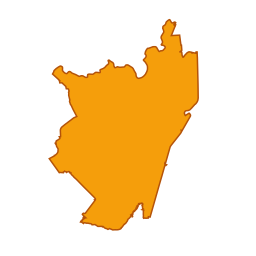 Angamacutiro, Michoacán, Mexico, rotated 348°
{"feature_id": "50627088B24652529578348", "entity_name": "Angamacutiro", "entity_type": "district", "adm_level": 2, "iso_a3": "MEX", "parent_name": "Mexico", "parent_adm1": "Michoacán", "projection": "albers", "projection_center": [-101.725, 20.14], "detail": "fine", "context": "isolated", "style": "filled", "palette": "amber", "viewbox_px": 256, "rotation_deg": 348, "n_neighbors": 0, "source": "geoboundaries", "source_scale": "gbopen_adm2", "svg_char_len": 5615}
<svg xmlns="http://www.w3.org/2000/svg" viewBox="0 0 256 256"><g transform="rotate(348 128 128)"><path d="M65.4,59.5L69.7,65.5L70.9,67.4L70.6,67.4L70.7,67.8L70.7,69.7L72.8,70.1L75.8,74.4L75.8,76.8L77.5,77.2L77.8,77.7L78.0,79.2L77.9,79.9L77.3,80.6L77.3,81.9L76.8,83.5L76.9,88.5L76.3,90.0L76.6,92.1L76.5,92.5L77.2,94.3L78.1,98.3L80.3,106.1L77.0,106.8L67.0,111.5L63.5,113.3L62.8,113.8L62.2,114.5L61.7,115.2L61.3,116.4L60.4,121.9L60.2,122.5L59.0,122.3L59.2,123.0L59.2,124.0L58.9,124.3L56.4,125.3L55.3,125.6L55.3,125.9L55.2,126.2L54.5,126.7L54.3,128.0L53.7,127.9L53.9,128.6L54.4,128.5L54.3,130.5L54.4,131.4L55.3,133.9L54.5,136.8L53.6,137.9L52.7,138.6L51.7,139.2L50.8,139.5L50.4,139.5L50.4,139.9L44.6,141.6L51.5,157.4L52.1,157.3L55.5,158.3L55.6,158.0L55.4,158.0L55.3,157.8L55.8,157.6L56.0,157.7L57.1,157.1L57.2,157.4L57.9,157.9L58.6,158.0L58.8,158.1L58.8,158.5L59.2,158.3L60.1,158.5L60.5,158.3L61.2,158.3L61.8,158.8L61.7,159.7L62.8,160.0L62.6,160.8L63.2,162.1L64.2,163.5L65.0,165.0L66.7,167.3L72.4,176.3L79.7,187.5L79.9,187.7L81.4,190.4L81.3,191.1L81.1,191.4L80.3,191.3L80.5,192.1L69.0,202.1L68.8,202.4L68.5,202.6L67.2,202.4L66.7,202.1L66.1,202.3L65.4,202.9L66.0,204.2L68.0,207.0L67.3,206.9L66.8,205.8L66.0,205.9L65.3,206.7L66.4,207.5L63.8,208.5L63.6,208.9L63.8,209.2L63.4,209.2L63.2,209.3L62.6,209.3L62.0,210.1L63.2,210.5L63.6,211.1L64.6,212.1L64.9,211.7L65.4,211.5L68.0,212.6L68.9,212.7L70.6,213.5L71.8,213.9L72.6,214.7L72.7,215.2L75.7,215.6L78.1,218.0L82.1,218.8L82.4,219.4L82.6,219.5L83.1,219.2L84.5,221.0L85.3,221.6L86.1,221.9L87.3,223.0L88.5,222.7L89.0,222.5L91.9,224.5L93.9,224.8L95.7,225.2L97.0,225.4L98.1,225.4L99.5,225.2L100.4,224.8L100.6,224.1L101.4,223.9L104.4,221.3L104.6,221.4L106.1,220.6L108.3,218.5L108.6,217.7L109.0,217.3L110.6,216.4L112.1,215.3L112.9,214.0L112.8,213.7L113.4,213.8L113.6,213.4L113.8,213.3L113.9,213.9L113.8,214.3L113.9,214.6L113.8,215.7L114.1,215.6L114.1,213.9L114.3,213.6L114.4,213.1L114.9,213.2L115.0,212.9L114.9,212.6L114.7,212.3L115.4,211.8L115.7,211.0L116.2,211.1L116.8,211.0L117.2,210.7L116.6,210.4L116.7,210.2L117.1,210.1L117.4,209.8L117.9,209.8L118.9,209.5L118.9,208.9L119.2,208.9L119.4,208.0L119.6,208.1L119.9,208.0L120.1,208.1L120.2,208.4L120.5,208.1L120.9,207.2L121.4,207.0L121.5,206.8L121.2,206.4L120.9,206.3L120.5,206.4L120.4,206.3L120.7,206.1L121.9,205.7L122.1,205.6L122.3,205.4L122.3,205.1L122.6,205.1L122.5,204.5L122.7,204.2L123.0,204.2L122.9,204.9L123.1,205.1L123.9,204.9L124.2,204.3L125.4,204.4L125.6,204.3L126.0,204.4L126.0,204.8L126.1,204.7L126.2,204.9L126.6,205.1L126.5,206.1L126.2,206.2L126.2,206.4L125.9,207.1L125.9,207.3L125.7,207.2L125.8,208.0L125.6,209.8L125.9,210.1L125.4,210.3L125.2,210.7L124.9,210.8L125.5,211.1L125.8,211.4L126.3,211.6L126.2,212.0L125.8,212.0L125.3,214.7L125.1,215.1L124.9,216.8L124.3,218.9L124.6,219.6L125.4,219.5L126.5,219.9L127.5,220.1L129.2,220.3L129.5,219.0L131.1,219.7L147.2,189.3L151.2,181.9L156.3,172.2L157.1,172.6L158.1,172.0L156.7,171.0L157.1,170.3L156.7,170.2L157.1,169.4L157.7,169.6L165.1,155.6L165.6,154.9L166.5,154.0L178.5,144.0L179.6,142.7L179.5,141.9L179.6,141.3L180.3,141.9L191.5,129.4L191.8,128.6L191.8,128.1L191.2,126.5L190.8,126.2L186.7,127.7L186.4,126.9L186.2,125.4L186.4,124.7L187.2,123.6L188.2,123.2L190.6,123.4L191.8,123.2L192.4,123.0L194.6,121.6L194.8,121.4L197.7,119.3L198.0,119.0L199.0,118.6L199.7,118.1L201.0,116.9L201.9,115.7L202.4,114.6L202.9,113.2L205.6,99.7L210.6,73.0L210.6,72.7L211.4,68.0L210.5,67.8L210.2,67.9L210.1,69.0L209.9,69.0L207.0,67.7L207.0,68.0L206.2,68.0L206.0,67.7L205.9,67.1L204.0,66.3L203.3,66.2L202.4,66.4L201.3,66.8L198.0,69.1L198.0,69.4L196.9,70.2L196.5,70.2L196.0,68.5L196.3,65.3L196.2,64.6L194.7,64.4L194.7,64.2L196.3,63.5L196.8,63.2L197.5,58.1L197.0,58.0L197.8,47.9L189.6,46.6L194.6,39.1L195.4,38.1L195.8,37.3L194.9,37.6L194.4,36.6L195.7,36.1L194.7,34.7L195.9,34.4L197.0,35.4L195.9,34.1L195.1,34.1L193.9,34.5L193.3,34.5L192.8,34.3L192.3,33.4L191.4,30.8L190.9,30.6L189.3,31.2L187.7,32.1L187.2,32.6L186.9,33.3L186.4,34.1L185.9,34.6L185.2,35.1L183.8,35.6L183.2,36.2L182.7,37.8L182.9,38.7L183.1,40.4L182.9,41.7L179.7,45.1L179.3,46.0L179.1,46.8L179.7,50.3L179.6,51.0L179.4,51.8L178.6,52.7L177.9,53.3L178.0,53.8L178.5,54.1L179.1,54.2L180.0,54.7L180.9,55.7L181.1,56.1L181.2,56.6L181.0,57.1L180.6,57.7L178.6,59.2L177.9,59.4L177.4,59.5L175.8,59.3L174.5,59.7L174.2,59.4L173.8,58.5L172.7,55.2L172.2,54.5L171.5,54.1L170.1,53.8L169.1,53.7L165.1,54.3L163.6,54.2L162.3,55.3L161.0,56.9L160.1,58.9L160.2,59.6L160.6,60.1L160.8,60.9L160.7,61.5L160.1,62.5L158.9,63.5L157.5,64.3L157.2,64.7L157.5,65.5L158.5,67.0L159.2,68.8L159.8,70.7L159.8,72.1L159.3,74.6L158.3,76.5L156.2,79.1L154.4,80.4L152.6,81.3L151.1,81.6L149.1,81.7L148.3,81.5L147.8,81.1L147.3,80.6L147.0,79.8L146.8,78.7L147.0,76.6L146.8,75.7L146.1,73.7L145.4,71.0L144.8,69.9L141.4,66.6L140.4,66.1L139.4,66.0L138.8,66.1L137.5,67.3L136.7,67.5L132.4,66.9L130.4,65.9L128.6,66.3L127.8,66.3L127.5,66.0L127.1,64.4L127.3,62.5L127.1,61.6L126.7,60.8L124.7,59.0L123.9,57.9L123.6,57.7L123.2,57.6L122.8,57.7L122.6,57.9L122.5,58.3L122.8,58.8L122.7,60.3L122.3,61.1L121.8,61.5L120.1,62.3L117.8,64.0L116.2,64.6L113.0,65.2L112.6,65.7L112.6,67.1L112.3,67.9L111.8,68.0L108.8,67.0L108.2,66.9L107.7,66.9L106.8,67.3L105.6,67.9L104.6,68.1L101.2,67.2L100.2,67.2L99.7,67.4L99.2,68.7L99.1,69.6L98.3,69.9L97.4,69.8L96.4,69.2L94.8,67.7L93.8,67.3L92.7,67.2L91.4,67.4L90.7,67.2L88.0,64.9L84.7,62.7L83.4,61.1L82.8,60.7L82.3,60.6L81.5,60.7L79.7,62.0L79.1,62.0L78.0,61.4L77.4,60.8L76.8,60.0L76.2,59.0L75.9,57.9L76.5,55.6L76.5,54.7L76.0,54.1L75.1,53.4L74.2,53.4L72.6,53.9L70.2,54.9L68.7,55.8L67.6,56.5L66.9,57.8L65.4,59.5Z" fill="#f59e0b" stroke="#b45309" stroke-width="1.5"/></g></svg>